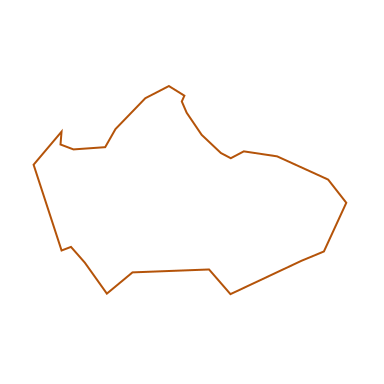 Poquoson, Virginia, United States of America (Albers equal-area conic projection), rotated 346°
{"feature_id": "52423323B32700923685802", "entity_name": "Poquoson", "entity_type": "district", "adm_level": 2, "iso_a3": "USA", "parent_name": "United States of America", "parent_adm1": "Virginia", "projection": "albers", "projection_center": [-76.358, 37.134], "detail": "fine", "context": "isolated", "style": "outline", "palette": "amber", "viewbox_px": 384, "rotation_deg": 346, "n_neighbors": 0, "source": "geoboundaries", "source_scale": "gbopen_adm2", "svg_char_len": 490}
<svg xmlns="http://www.w3.org/2000/svg" viewBox="0 0 384 384"><g transform="rotate(346 192 192)"><path d="M80.0,101.9L44.9,127.2L51.3,217.2L61.3,216.0L70.9,234.6L84.8,270.0L114.8,255.6L189.8,271.3L204.6,300.4L281.7,285.2L305.6,281.6L339.1,239.8L327.1,212.9L283.2,178.0L252.1,165.1L237.8,168.6L229.5,161.2L215.2,138.9L206.0,113.8L204.0,101.7L207.9,96.7L195.2,83.6L169.4,89.7L133.0,112.4L118.6,127.5L87.3,122.0L75.9,114.1L80.0,101.9Z" fill="none" stroke="#b45309" stroke-width="2"/></g></svg>